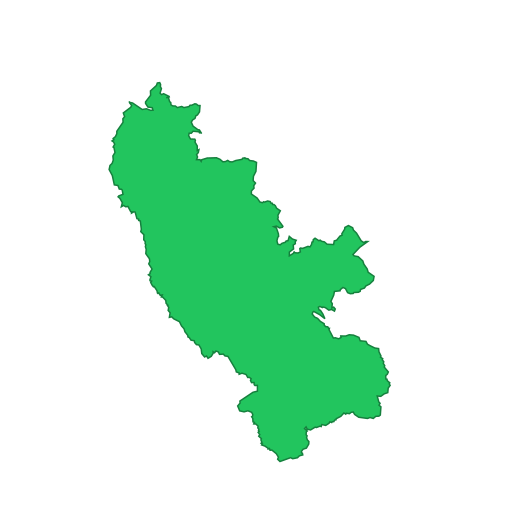 Bolaños, Jalisco, Mexico (Albers equal-area conic projection), rotated 62°
{"feature_id": "50627088B97238980475800", "entity_name": "Bolaños", "entity_type": "district", "adm_level": 2, "iso_a3": "MEX", "parent_name": "Mexico", "parent_adm1": "Jalisco", "projection": "albers", "projection_center": [-103.879, 21.899], "detail": "fine", "context": "isolated", "style": "filled", "palette": "green", "viewbox_px": 512, "rotation_deg": 62, "n_neighbors": 0, "source": "geoboundaries", "source_scale": "gbopen_adm2", "svg_char_len": 6111}
<svg xmlns="http://www.w3.org/2000/svg" viewBox="0 0 512 512"><g transform="rotate(62 256 256)"><path d="M332.7,163.9L329.4,161.3L323.0,164.6L319.6,163.9L313.9,164.6L310.5,164.0L304.5,166.1L302.0,169.3L300.2,169.7L297.0,160.2L295.7,150.6L294.7,152.3L294.7,154.5L292.0,156.0L283.0,156.5L278.9,157.8L276.4,157.4L272.5,160.1L272.5,164.1L274.0,165.2L276.6,169.7L278.1,170.3L277.8,172.5L279.9,177.4L279.4,179.8L282.3,182.1L279.0,187.7L275.6,189.0L273.8,191.2L272.1,191.9L272.0,193.3L268.0,195.5L268.4,197.7L270.2,199.0L270.0,200.0L271.9,201.6L273.3,204.0L271.9,205.6L271.2,211.1L269.8,213.1L270.1,213.9L273.2,214.9L273.1,217.4L271.5,220.0L270.3,220.4L271.2,221.8L271.5,226.5L268.2,224.7L267.4,219.5L263.8,218.0L263.6,215.5L262.0,214.8L261.0,213.1L258.1,215.9L254.3,217.4L257.5,220.5L256.9,222.4L257.6,223.6L257.0,227.2L257.5,229.4L255.8,231.2L252.4,230.4L249.7,228.0L249.3,226.8L246.9,225.8L240.8,224.8L238.5,226.5L239.2,223.9L242.3,222.0L243.0,219.2L242.4,218.3L233.4,219.6L232.7,218.5L230.3,217.5L227.5,213.3L223.4,215.4L220.7,215.3L219.0,216.0L218.4,217.1L217.0,216.9L216.5,217.9L214.6,217.9L212.9,219.9L212.4,223.2L211.7,223.8L212.0,225.2L210.2,227.2L205.3,227.8L199.1,231.0L196.4,229.5L195.2,225.9L192.9,225.0L191.4,222.2L188.2,223.1L187.2,222.6L184.4,220.8L181.2,216.3L173.6,211.6L170.9,213.7L168.7,216.8L166.4,217.4L164.7,219.8L164.1,219.7L163.4,221.9L164.1,223.0L162.2,229.0L161.8,232.8L160.4,235.0L158.3,236.1L158.3,238.6L157.3,241.0L153.7,242.4L150.7,244.8L146.6,253.1L145.5,258.7L146.7,260.0L144.6,260.2L143.0,263.3L141.1,261.1L138.6,260.9L137.6,258.4L135.3,256.5L135.3,258.4L131.3,256.2L126.8,256.4L125.4,255.2L124.1,255.2L122.0,258.9L118.2,259.0L116.2,257.4L117.2,255.4L116.3,253.0L119.6,248.0L120.7,248.1L121.0,247.1L122.3,246.5L118.1,246.8L117.2,248.0L111.8,250.6L107.5,250.3L106.1,248.1L105.9,245.3L103.9,243.2L104.0,241.5L102.2,238.2L96.9,234.8L95.8,236.6L94.0,237.2L92.9,238.5L92.7,242.0L91.9,243.4L92.6,245.1L91.1,250.0L89.1,251.4L88.0,255.8L85.7,256.8L84.4,259.1L82.6,260.1L80.4,259.2L79.2,259.8L74.9,258.9L74.1,261.0L74.8,257.9L74.3,257.8L69.3,261.4L69.2,263.6L67.2,264.3L63.8,260.9L61.6,260.9L59.7,259.7L57.7,259.6L56.9,261.9L58.7,263.9L60.7,271.7L64.6,273.6L68.1,281.2L69.5,281.9L73.8,281.5L76.3,278.0L78.9,278.5L77.9,280.7L74.6,283.6L73.2,287.7L63.0,293.1L60.9,295.5L59.9,295.4L61.5,295.7L64.7,295.1L65.9,296.8L67.4,306.0L71.3,306.6L72.3,309.1L75.5,310.6L80.5,320.3L82.7,321.5L84.6,324.1L85.2,327.0L86.6,326.9L86.8,329.1L88.5,328.2L91.0,328.3L92.7,331.0L93.5,330.5L98.4,331.9L100.5,335.4L104.3,337.0L106.7,339.6L107.5,342.4L110.7,345.1L117.5,345.1L126.7,347.7L128.9,344.8L132.7,345.3L134.0,343.4L135.1,343.2L139.1,344.5L138.5,348.9L139.0,350.0L141.2,349.1L146.2,349.0L149.3,351.8L149.2,349.2L151.4,347.9L152.1,345.8L158.1,345.8L158.6,344.9L159.7,345.7L159.6,343.1L160.5,342.1L167.1,343.6L168.4,342.3L169.5,342.9L170.8,341.7L178.6,344.7L180.4,346.3L184.6,345.0L189.0,347.5L191.3,347.0L193.0,348.1L194.4,348.0L195.8,349.3L198.5,349.8L202.2,352.2L208.4,351.4L211.0,352.4L212.6,354.4L218.7,353.9L220.7,357.2L221.9,357.8L222.1,359.8L224.9,358.5L227.4,361.0L228.3,361.1L229.2,360.0L230.0,361.4L233.2,361.4L235.1,361.0L235.2,360.2L240.2,359.7L242.4,360.4L243.0,360.2L242.9,359.2L245.8,359.0L246.4,357.1L247.7,358.8L248.5,357.7L252.8,356.5L255.6,357.6L257.9,356.9L257.9,357.4L260.4,357.2L262.8,359.1L265.8,358.5L269.5,361.3L270.1,359.0L272.9,358.1L278.1,354.4L282.7,354.6L286.4,353.7L289.6,354.3L294.1,353.5L295.5,354.1L296.7,353.2L299.8,352.9L301.8,350.3L303.6,350.8L306.3,350.2L307.7,348.2L312.3,348.0L316.7,349.7L321.0,348.8L321.1,346.6L323.8,346.4L323.6,342.6L321.8,339.5L320.4,338.8L322.0,338.0L321.1,336.0L323.0,334.3L325.7,334.4L327.3,330.9L329.7,330.3L331.4,327.9L346.9,327.2L349.1,327.8L351.3,325.8L352.5,326.4L352.9,323.4L355.9,320.4L359.4,320.3L360.1,318.8L362.1,317.9L363.3,319.3L365.7,319.4L366.8,317.1L368.8,318.0L369.9,317.7L370.9,315.5L376.0,318.2L374.9,322.6L376.5,338.3L378.4,339.1L379.8,342.6L385.1,343.1L388.0,339.7L388.9,335.8L392.0,333.2L394.5,333.3L395.8,334.3L395.9,335.3L397.9,335.1L401.0,336.5L402.2,335.5L403.2,336.8L404.3,335.0L407.3,334.0L408.6,335.1L410.2,334.8L411.4,335.8L412.3,335.5L412.7,336.9L415.4,336.5L416.4,338.2L419.8,337.0L420.7,338.0L423.4,338.3L423.7,339.4L424.9,338.6L425.5,339.7L428.0,337.4L431.2,335.7L432.1,336.0L432.3,334.5L434.1,334.8L434.8,333.1L440.0,330.9L444.1,330.6L445.6,332.3L448.7,331.3L450.3,320.1L452.2,318.8L453.6,314.1L452.8,311.5L453.6,308.1L451.9,307.6L451.1,308.2L449.7,307.4L448.7,305.1L449.3,301.7L446.8,297.7L444.6,296.4L442.5,297.0L440.1,296.6L438.7,295.3L437.4,295.7L434.9,294.2L434.6,292.9L431.2,294.2L430.4,292.0L432.9,292.1L435.2,289.5L434.9,284.1L435.8,283.2L436.3,279.4L437.2,278.5L435.7,277.0L438.3,274.0L438.0,270.1L437.1,268.7L438.6,267.3L438.1,266.4L438.8,265.1L437.8,263.6L438.2,262.3L437.3,261.6L437.4,256.4L435.9,252.1L437.8,251.0L437.2,250.1L439.1,247.5L438.7,245.4L439.4,243.4L442.2,243.3L446.6,241.0L451.8,233.8L452.1,231.2L454.5,228.7L453.8,225.5L455.1,222.7L454.8,220.9L447.8,216.5L445.5,217.4L444.3,215.6L442.4,216.1L436.5,214.7L438.5,211.7L437.9,207.4L438.5,203.8L434.7,201.3L433.2,198.3L431.4,198.4L430.8,197.4L427.8,198.6L426.2,198.2L425.5,199.1L422.5,197.6L422.0,195.5L420.5,193.6L414.3,194.9L413.2,193.8L410.8,194.1L409.2,192.8L407.0,193.3L406.1,192.3L403.8,193.6L403.0,192.6L398.3,192.4L395.3,191.2L393.0,194.3L388.7,197.4L386.2,199.0L383.0,199.0L379.8,203.8L376.2,203.3L371.6,207.1L369.3,210.7L368.8,214.3L366.4,218.7L367.9,219.2L367.9,221.9L365.4,224.4L364.8,226.2L355.4,226.1L354.4,225.2L354.2,225.8L352.2,225.9L351.0,227.7L349.0,228.2L347.8,227.6L343.9,229.9L340.0,230.9L337.4,232.9L333.6,233.6L332.2,232.1L332.1,231.0L337.7,227.3L343.7,224.6L338.5,224.2L334.2,224.6L333.1,225.6L330.5,225.0L330.5,223.3L332.7,221.6L332.5,220.8L334.0,219.1L338.0,217.1L338.7,214.4L341.5,212.6L340.0,210.9L337.6,211.4L337.3,213.3L333.9,211.0L331.3,211.2L327.0,205.7L324.1,203.4L326.2,198.1L325.3,197.4L324.6,194.0L326.8,192.3L331.4,192.3L333.6,190.4L334.7,187.8L334.2,186.7L336.1,182.6L336.1,180.6L334.6,179.4L335.2,175.3L334.0,173.0L334.1,168.9L332.7,163.9Z" fill="#22c55e" stroke="#15803d" stroke-width="1.5"/></g></svg>